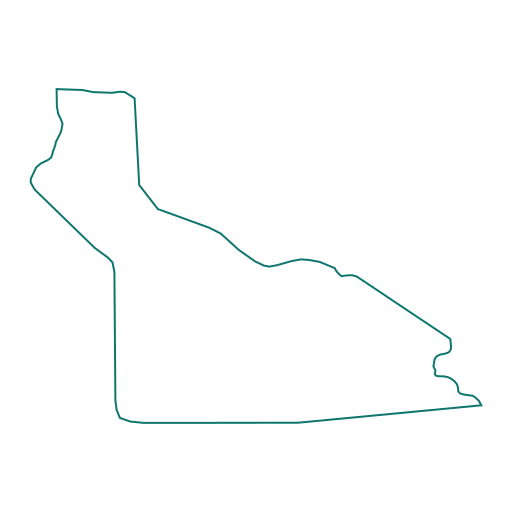 outline of Southern Highlands
{"feature_id": "PNG-1246", "entity_name": "Southern Highlands", "entity_type": "Province", "adm_level": 1, "iso_a3": "PNG", "parent_name": "Papua New Guinea", "parent_adm1": "", "projection": "mercator", "projection_center": [143.455, -5.902], "detail": "fine", "context": "isolated", "style": "outline", "palette": "teal", "viewbox_px": 512, "rotation_deg": 0, "n_neighbors": 0, "source": "natural_earth", "source_scale": "10m", "svg_char_len": 1163}
<svg xmlns="http://www.w3.org/2000/svg" viewBox="0 0 512 512"><path d="M56.6,89.1L82.4,90.0L93.0,92.1L111.9,92.8L119.4,91.8L122.5,91.9L125.0,92.2L134.6,98.3L139.2,185.0L157.9,209.1L208.9,227.6L220.8,233.6L239.0,250.1L255.2,261.5L264.2,265.7L269.3,266.6L277.1,265.2L291.8,261.0L301.0,259.4L308.7,259.9L319.7,261.9L334.7,268.1L336.4,271.2L339.3,274.4L341.6,276.1L347.0,275.4L352.1,275.2L356.7,276.5L450.3,339.0L451.1,347.5L450.7,349.4L449.6,351.6L447.7,352.8L445.2,353.6L439.8,354.7L436.8,356.3L435.4,357.9L434.5,359.7L433.5,365.9L433.5,366.6L434.2,368.1L435.2,370.0L435.3,371.8L434.9,373.8L435.5,375.5L438.3,376.2L444.2,376.4L447.7,377.1L451.0,378.6L454.8,381.5L457.0,384.4L458.0,387.6L458.3,391.5L460.3,393.6L464.8,394.7L472.9,395.8L475.3,397.5L478.9,400.8L481.3,405.3L298.3,422.7L176.5,422.9L143.6,422.9L130.1,421.5L119.9,417.9L116.6,409.8L115.4,400.5L114.4,271.9L112.5,262.5L108.4,258.0L94.6,247.8L34.7,189.6L30.7,182.6L30.8,178.8L36.2,167.4L40.9,163.4L47.9,160.0L51.1,157.6L52.6,153.3L52.7,152.3L55.3,145.1L55.7,142.8L56.0,141.7L60.3,133.4L61.5,129.7L62.5,123.9L60.8,119.1L58.2,113.9L56.9,106.5L56.6,89.1Z" fill="none" stroke="#0f766e" stroke-width="2"/></svg>